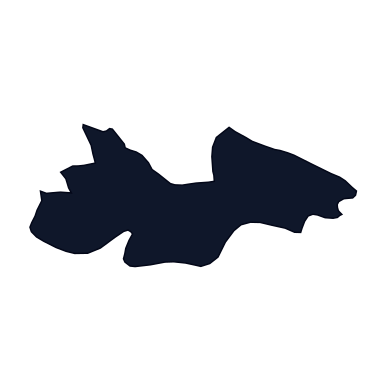 outline of Al-Adhamiya, Diyala, Iraq, rotated 266°
{"feature_id": "34846034B20026231535079", "entity_name": "Al-Adhamiya", "entity_type": "district", "adm_level": 2, "iso_a3": "IRQ", "parent_name": "Iraq", "parent_adm1": "Diyala", "projection": "equal_earth", "projection_center": [44.388, 33.48], "detail": "fine", "context": "isolated", "style": "filled", "palette": "ink", "viewbox_px": 384, "rotation_deg": 266, "n_neighbors": 0, "source": "geoboundaries", "source_scale": "gbopen_adm2", "svg_char_len": 1767}
<svg xmlns="http://www.w3.org/2000/svg" viewBox="0 0 384 384"><g transform="rotate(266 192 192)"><path d="M203.4,40.9L193.8,41.6L184.7,36.2L178.9,33.8L172.6,30.0L168.2,27.9L164.4,28.8L163.5,29.1L158.0,33.8L153.2,40.7L146.1,52.6L141.6,62.3L138.9,70.7L138.2,83.7L142.5,96.7L150.0,108.5L152.4,112.3L157.5,121.1L158.5,125.5L156.7,128.2L154.3,129.8L148.1,125.8L140.4,122.0L135.2,120.7L130.1,119.0L126.8,120.2L122.5,125.0L121.6,130.0L122.3,145.5L124.0,160.1L123.7,168.8L121.6,180.7L118.6,191.0L117.2,195.6L119.4,204.7L125.3,213.4L139.7,221.8L150.5,231.1L155.9,238.6L157.8,248.2L156.9,257.9L153.3,269.4L149.4,282.6L149.2,282.9L144.7,291.5L144.1,297.6L148.0,299.1L154.9,302.3L160.0,306.2L161.4,311.0L160.4,315.5L157.1,323.0L156.0,330.9L156.5,335.3L158.3,337.7L159.2,339.9L162.0,337.5L163.4,336.6L166.4,336.0L169.4,336.0L172.2,337.7L174.7,342.9L174.8,345.6L174.9,351.9L177.4,354.9L181.5,356.1L185.6,351.9L192.5,345.6L196.5,340.3L200.3,332.7L200.7,331.9L212.1,312.3L221.6,296.3L224.4,290.2L227.3,282.6L228.6,277.4L229.8,274.7L232.5,268.3L238.3,255.6L242.4,249.8L249.2,239.2L253.9,233.5L244.7,220.1L237.0,216.5L235.3,215.7L225.9,214.3L219.3,214.3L211.0,214.3L207.2,215.0L201.1,215.0L200.6,209.1L200.6,202.5L200.6,196.7L200.0,188.6L199.5,182.8L200.3,175.4L201.0,173.5L201.9,171.0L212.2,159.8L217.2,153.7L224.2,150.6L229.1,146.9L232.0,144.7L234.8,140.6L235.8,139.1L238.0,133.4L238.7,132.1L240.7,128.4L244.5,127.8L248.4,125.1L255.4,120.3L260.3,116.9L261.0,114.2L258.8,110.9L258.3,107.4L266.8,88.2L263.7,87.6L245.6,94.7L236.7,95.9L231.6,96.9L227.6,97.6L226.1,86.1L225.9,80.4L226.2,74.8L220.9,62.4L217.4,64.8L214.0,67.1L209.3,68.2L204.8,69.2L199.5,71.6L201.0,60.9L201.0,57.7L200.9,51.2L200.8,47.6L200.8,46.7L203.4,40.9Z" fill="#0f172a" stroke="#020617" stroke-width="1.5"/></g></svg>